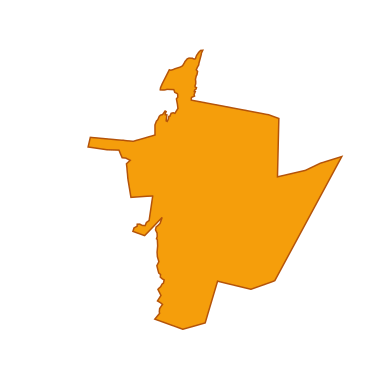 the district of San Antonio Nanahuatípam, Oaxaca, Mexico, rotated 209°
{"feature_id": "50627088B61531802941312", "entity_name": "San Antonio Nanahuatípam", "entity_type": "district", "adm_level": 2, "iso_a3": "MEX", "parent_name": "Mexico", "parent_adm1": "Oaxaca", "projection": "equal_earth", "projection_center": [-97.129, 18.149], "detail": "fine", "context": "isolated", "style": "filled", "palette": "amber", "viewbox_px": 384, "rotation_deg": 209, "n_neighbors": 0, "source": "geoboundaries", "source_scale": "gbopen_adm2", "svg_char_len": 3205}
<svg xmlns="http://www.w3.org/2000/svg" viewBox="0 0 384 384"><g transform="rotate(209 192 192)"><path d="M307.4,190.5L304.7,181.0L298.9,183.2L286.9,187.7L276.2,193.2L275.6,192.8L275.5,192.7L272.7,190.4L269.7,188.1L266.3,189.6L264.8,189.6L261.4,189.8L263.0,184.9L262.9,184.8L262.8,184.6L260.7,181.7L259.6,180.0L257.9,177.5L257.8,177.4L256.5,175.5L256.2,175.0L254.8,172.9L254.7,172.9L253.9,171.7L251.2,168.3L242.8,157.7L234.8,162.9L229.1,166.6L224.5,169.4L224.4,169.4L215.7,146.3L215.7,146.2L215.9,145.9L217.1,143.2L216.7,139.9L219.4,138.6L220.2,138.6L222.1,138.6L223.6,137.7L224.3,137.3L223.4,135.4L224.3,134.1L224.4,133.9L224.5,133.7L225.3,132.5L224.9,130.6L224.6,128.9L223.4,129.1L222.2,129.3L219.4,129.7L219.1,129.8L212.6,130.8L212.3,130.9L212.2,131.2L211.8,132.7L210.9,135.9L210.6,137.1L210.4,137.8L207.5,148.9L207.5,149.0L205.8,155.3L204.7,149.0L205.5,146.2L206.4,144.0L205.6,141.2L202.6,139.1L202.1,138.3L200.8,136.1L200.4,133.9L200.1,133.9L199.2,133.5L195.9,128.2L193.4,122.5L190.9,118.6L187.2,115.0L187.1,113.1L187.0,110.5L184.6,107.9L181.8,105.0L179.5,104.6L178.5,102.2L175.9,101.6L173.7,101.6L172.8,98.4L173.5,97.1L173.5,93.9L174.3,91.7L174.4,91.3L174.6,90.3L169.0,86.5L169.4,80.0L166.0,79.9L163.3,79.4L163.8,74.4L162.5,71.3L161.5,70.2L162.9,62.8L162.2,62.9L133.5,67.5L122.9,78.0L117.0,83.9L118.8,91.9L118.9,92.3L126.4,126.4L124.9,126.8L117.5,128.8L93.3,135.5L79.5,151.1L77.3,153.7L76.6,154.7L78.2,295.6L93.7,279.4L103.3,265.9L124.6,246.7L151.7,298.4L162.6,296.7L164.7,295.9L169.4,294.4L237.1,272.0L238.1,273.7L238.2,274.6L236.3,277.1L237.4,278.2L237.8,281.3L238.7,280.9L239.1,282.5L238.4,283.7L238.5,284.6L238.7,285.5L240.0,285.3L240.8,286.2L241.2,288.4L242.4,290.6L243.6,292.2L244.6,295.7L244.5,296.9L245.6,300.2L247.5,300.9L247.8,304.2L247.7,306.2L248.3,307.8L248.6,308.9L250.6,316.9L251.1,318.0L251.3,321.2L253.1,320.0L253.9,317.3L254.0,315.4L254.1,314.6L254.2,313.7L253.9,311.6L253.6,310.3L254.1,309.6L255.5,309.1L256.5,309.2L257.6,308.6L259.5,307.7L260.7,306.2L260.8,305.8L261.1,304.1L261.3,303.2L261.4,302.9L261.3,301.6L261.4,298.9L261.5,297.7L262.8,295.6L266.8,291.4L267.8,290.0L269.6,288.2L271.1,287.9L270.5,271.8L270.4,271.2L270.1,268.0L269.3,265.9L269.2,265.9L265.7,267.8L264.6,268.7L264.5,268.8L263.6,269.7L261.2,270.9L257.6,272.7L256.7,272.0L255.4,270.8L252.5,270.9L251.9,270.5L250.4,268.0L250.8,265.9L248.0,262.5L247.9,262.5L245.2,258.8L244.8,258.5L245.1,252.5L246.8,252.2L247.1,251.9L247.4,251.7L248.4,250.7L248.2,248.4L248.0,247.8L248.9,246.9L248.0,244.4L247.9,241.7L248.0,241.7L249.1,241.7L251.4,247.3L252.8,246.6L253.4,247.8L253.6,249.8L254.7,249.8L254.8,249.8L255.3,245.4L256.8,244.0L257.3,242.4L257.2,240.9L257.0,239.4L257.1,238.0L257.5,236.9L256.9,232.7L252.0,223.9L254.8,221.0L256.6,219.3L256.8,219.0L257.8,218.1L258.4,217.4L259.3,216.5L260.3,215.5L261.3,214.5L262.4,213.4L263.5,212.3L265.5,210.4L267.3,208.5L268.0,207.8L271.3,206.4L272.0,206.1L273.2,205.5L274.7,204.9L275.9,204.4L277.1,204.0L278.6,203.2L280.4,202.4L282.8,201.3L285.4,200.2L288.8,198.7L289.9,198.2L291.0,197.7L292.0,197.3L293.1,196.8L294.2,196.3L295.2,195.9L296.3,195.4L297.4,194.9L301.8,193.0L304.0,192.0L305.1,191.5L306.3,191.0L307.4,190.5Z" fill="#f59e0b" stroke="#b45309" stroke-width="1.5"/></g></svg>